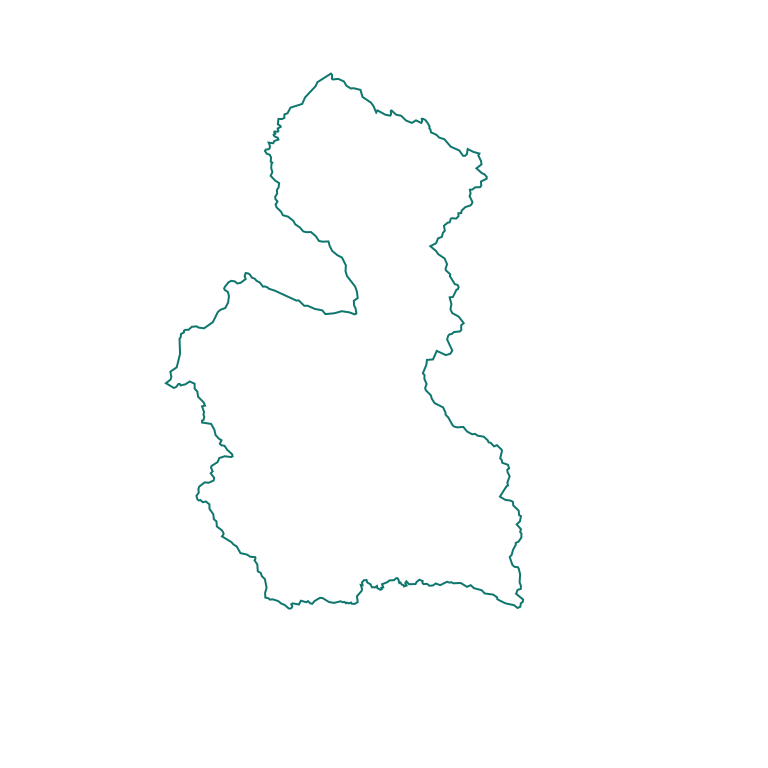 the district of Betong, Yala, Thailand, rotated 306°
{"feature_id": "78962969B29440700427684", "entity_name": "Betong", "entity_type": "district", "adm_level": 2, "iso_a3": "THA", "parent_name": "Thailand", "parent_adm1": "Yala", "projection": "natural_earth1", "projection_center": [101.211, 5.836], "detail": "fine", "context": "isolated", "style": "outline", "palette": "teal", "viewbox_px": 768, "rotation_deg": 306, "n_neighbors": 0, "source": "geoboundaries", "source_scale": "gbopen_adm2", "svg_char_len": 6166}
<svg xmlns="http://www.w3.org/2000/svg" viewBox="0 0 768 768"><g transform="rotate(306 384 384)"><path d="M603.9,158.6L588.9,152.7L584.9,153.6L569.4,151.7L562.5,153.2L552.6,145.9L546.3,146.8L543.5,145.0L540.6,147.0L538.4,145.7L536.4,142.8L531.7,145.5L531.9,148.6L531.3,149.3L528.2,147.8L526.5,149.9L525.7,149.8L523.9,147.0L522.8,147.4L522.5,149.0L520.6,148.3L520.0,149.8L520.7,153.4L519.7,154.9L516.3,152.5L513.6,152.8L511.5,148.8L509.6,151.8L507.5,152.9L506.0,152.6L504.1,150.5L502.5,150.8L501.4,153.7L502.3,156.8L500.9,159.4L497.3,161.7L497.4,163.6L495.9,163.6L492.3,165.9L489.8,169.2L485.8,169.9L484.6,176.3L484.9,181.1L481.0,183.2L478.1,183.3L475.1,185.7L471.5,185.9L469.7,187.6L469.1,190.5L465.5,190.8L463.8,193.2L462.9,199.4L461.1,203.0L463.0,208.0L462.7,214.8L461.0,218.3L461.2,223.9L460.0,228.9L461.1,231.8L464.0,235.6L463.5,242.0L461.5,247.3L463.0,250.6L466.7,255.3L463.7,259.0L461.2,264.0L460.8,270.6L461.6,275.7L457.5,283.5L452.7,286.5L449.6,290.6L445.9,303.3L443.0,307.6L438.1,312.2L433.6,310.7L429.8,313.8L428.6,316.4L424.8,320.2L423.1,319.4L421.7,314.1L418.1,307.1L411.9,302.1L406.1,295.5L407.3,290.7L404.1,284.0L402.4,276.2L400.4,273.5L401.5,265.8L400.0,264.1L395.3,240.7L393.4,234.8L393.7,233.3L393.0,230.5L391.6,228.8L393.1,224.0L392.6,220.3L393.2,217.4L392.4,214.6L393.7,211.1L393.6,209.1L392.5,206.9L389.5,207.7L387.6,210.4L381.5,208.5L379.1,206.2L379.3,203.0L377.7,199.8L374.9,198.4L368.8,198.2L367.3,198.5L366.5,199.9L366.7,203.6L364.1,206.8L358.3,210.0L352.2,210.9L347.8,208.0L344.4,207.3L333.4,209.2L323.3,205.7L320.6,200.7L320.5,198.5L317.3,194.9L313.0,194.0L311.0,191.4L309.5,190.9L308.1,191.8L305.1,190.4L302.4,192.0L300.4,192.0L288.5,201.3L275.7,206.5L268.4,203.9L264.9,207.7L262.0,208.7L256.5,207.1L257.3,216.3L259.4,217.6L263.2,217.7L264.0,218.7L263.4,220.4L267.0,223.5L271.8,225.3L272.9,230.6L268.9,233.6L268.1,237.5L264.4,241.1L263.1,249.0L261.3,251.9L259.0,249.9L255.5,254.9L253.0,256.0L251.8,257.9L248.9,259.1L247.3,258.3L245.9,259.5L250.1,267.6L247.4,273.5L243.7,277.8L242.7,282.6L243.0,285.6L239.1,286.3L238.9,288.5L240.3,291.3L238.6,295.7L237.9,302.4L236.5,304.0L235.0,303.2L231.9,297.6L227.3,294.3L222.9,295.3L216.3,292.6L214.7,293.2L212.6,296.7L209.9,296.3L208.2,301.8L205.8,302.9L200.9,300.1L199.1,296.8L192.5,294.8L189.8,295.7L187.2,298.0L183.2,298.0L181.0,301.0L181.0,302.7L182.2,303.7L181.9,307.0L184.2,308.9L184.0,313.5L180.4,316.2L178.3,322.5L174.6,325.8L174.4,329.2L170.5,332.5L170.3,339.0L169.3,341.4L168.2,342.5L165.5,342.5L166.4,353.6L165.7,356.6L166.0,360.3L162.8,367.3L165.4,373.2L165.7,377.5L168.2,381.6L167.3,382.6L165.3,382.9L163.5,387.6L158.3,392.0L158.7,395.4L156.7,398.2L156.1,402.4L150.1,408.8L145.1,410.6L141.5,413.5L142.8,416.8L142.5,418.4L144.4,420.6L146.2,425.9L146.0,430.0L146.9,433.6L146.4,438.9L147.4,440.4L148.8,440.8L150.4,440.5L151.3,438.4L152.8,439.0L155.6,444.8L159.8,444.1L161.8,449.5L163.7,450.1L163.2,453.3L164.0,455.1L167.6,455.4L173.4,457.9L174.7,460.1L175.3,467.7L177.5,472.2L182.7,476.6L183.1,478.8L184.4,480.0L184.3,482.2L185.3,482.4L185.9,484.6L187.8,485.8L187.3,487.1L188.9,489.6L192.1,490.9L196.4,486.9L203.6,487.5L205.4,486.6L207.8,483.3L208.6,484.9L210.4,482.9L213.4,483.1L215.1,485.1L213.6,487.1L214.0,490.7L212.5,493.7L214.3,496.4L216.4,497.0L215.0,498.5L215.4,502.1L217.0,502.8L217.6,501.7L219.0,502.9L220.9,500.1L225.6,503.2L228.3,503.9L231.2,507.4L234.2,508.1L234.8,509.0L234.3,510.6L232.0,513.4L233.1,514.0L232.1,516.2L232.8,518.1L232.0,519.2L234.2,520.7L235.5,518.2L237.5,518.1L236.7,521.9L240.7,527.1L242.9,526.7L246.4,527.7L247.3,531.1L245.7,532.0L245.3,533.5L247.6,536.3L247.5,539.4L249.8,542.0L253.0,543.1L254.3,547.7L261.0,551.2L261.8,553.7L263.2,555.0L263.5,557.2L268.1,563.0L268.7,570.4L272.2,572.4L271.7,576.8L274.6,584.3L273.7,588.5L277.8,596.1L277.9,600.9L276.6,602.0L276.7,604.1L278.0,611.3L281.5,619.3L281.3,623.7L283.9,625.2L287.0,623.6L289.3,624.3L291.4,623.2L291.9,614.2L296.0,613.1L298.6,615.1L301.2,613.4L303.2,610.3L309.9,606.1L313.7,601.7L314.5,600.0L312.8,597.1L313.1,594.2L317.9,587.4L320.9,587.7L325.5,585.9L331.3,585.1L332.9,584.0L335.6,585.5L340.4,585.4L343.8,583.1L344.3,581.1L347.0,580.2L348.4,573.9L352.8,574.7L357.6,572.5L357.3,570.4L360.7,567.4L361.7,560.0L364.4,557.6L364.0,554.7L361.6,550.4L361.0,544.0L373.2,543.2L374.8,543.9L376.8,541.7L383.2,539.9L385.4,535.6L387.2,534.1L389.3,534.8L391.5,531.8L389.8,526.0L391.5,524.1L392.2,521.7L399.2,518.8L400.0,517.7L400.9,511.3L398.2,509.7L399.1,505.0L398.3,502.8L399.4,501.1L400.0,495.6L397.2,490.1L397.2,487.1L395.1,484.8L394.4,479.1L395.9,473.4L392.1,468.9L390.8,465.9L391.0,463.6L394.7,455.7L395.4,451.8L396.9,450.7L399.8,445.6L398.3,436.1L400.2,431.3L402.4,428.5L403.5,421.6L404.8,419.7L409.1,418.4L411.9,413.6L414.9,411.7L415.6,409.1L424.4,407.0L428.7,404.6L432.7,409.2L441.8,407.2L443.7,417.0L447.5,419.9L451.2,419.6L457.1,408.9L460.4,407.7L462.8,407.8L464.0,409.3L467.1,410.0L471.1,414.5L473.1,414.8L476.9,411.9L480.1,412.7L482.4,404.9L481.5,397.4L483.6,393.8L488.2,391.6L492.7,386.2L494.9,388.6L502.9,387.2L504.1,388.1L506.3,387.4L507.4,385.4L506.4,382.6L510.0,373.9L511.7,373.1L512.3,367.3L513.3,366.1L518.0,364.6L521.2,359.2L520.9,351.4L522.2,348.0L522.7,340.5L528.6,343.4L533.6,342.1L536.9,344.3L541.1,342.8L543.8,343.1L547.2,339.5L552.0,340.7L553.3,342.1L556.8,340.9L558.0,341.4L560.2,345.1L563.4,345.7L565.9,343.8L567.6,346.0L569.9,344.9L574.9,345.8L579.1,348.9L581.1,349.2L583.2,348.6L586.3,342.8L589.1,342.0L591.6,339.3L593.5,341.3L596.6,342.1L599.8,346.1L601.8,346.0L604.8,343.4L610.4,346.4L611.9,345.4L612.7,342.0L612.1,339.2L612.8,332.0L619.0,333.8L621.3,331.6L624.4,325.9L626.5,325.7L624.3,319.9L623.3,313.6L618.5,316.0L616.2,315.4L615.1,313.8L617.2,307.6L615.2,298.6L617.5,289.0L615.8,283.8L616.4,279.8L615.2,274.0L617.0,272.3L617.6,270.2L619.1,269.6L620.6,266.4L621.9,262.3L621.4,259.5L620.7,258.7L619.0,260.4L617.1,260.7L616.1,254.9L611.6,253.1L610.1,246.9L611.1,240.2L609.0,235.6L609.7,229.3L608.9,229.0L606.3,231.2L604.8,231.3L602.7,227.0L601.5,217.9L599.1,218.1L602.7,212.0L604.0,207.9L603.6,197.9L608.1,192.1L605.5,185.6L603.6,183.5L603.2,178.2L605.2,173.8L604.0,167.7L600.3,163.6L600.3,162.5L603.5,160.4L603.9,158.6Z" fill="none" stroke="#0f766e" stroke-width="2"/></g></svg>